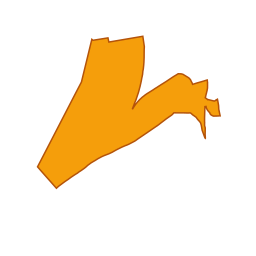 Kesm than Al Raml, Al Iskandariyah, Egypt (Albers equal-area conic projection), rotated 119°
{"feature_id": "37247803B61972877463363", "entity_name": "Kesm than Al Raml", "entity_type": "district", "adm_level": 2, "iso_a3": "EGY", "parent_name": "Egypt", "parent_adm1": "Al Iskandariyah", "projection": "albers", "projection_center": [29.979, 31.211], "detail": "fine", "context": "isolated", "style": "filled", "palette": "amber", "viewbox_px": 256, "rotation_deg": 119, "n_neighbors": 0, "source": "geoboundaries", "source_scale": "gbopen_adm2", "svg_char_len": 2838}
<svg xmlns="http://www.w3.org/2000/svg" viewBox="0 0 256 256"><g transform="rotate(119 128 128)"><path d="M110.4,191.0L122.8,190.7L190.9,188.7L205.8,188.3L207.6,183.4L215.4,161.4L212.7,160.5L209.6,159.1L205.2,157.1L201.9,155.4L198.4,153.8L195.3,152.2L193.8,151.4L192.1,150.4L190.0,149.5L187.8,148.3L184.9,146.9L182.8,146.0L180.1,145.1L176.4,143.4L174.5,142.3L172.5,141.1L171.6,140.6L169.4,139.4L165.7,137.0L163.6,135.4L159.8,132.2L156.9,130.1L153.6,128.1L151.9,127.0L147.7,124.1L144.7,121.8L143.6,120.8L141.6,119.3L140.4,118.5L136.3,115.8L135.0,115.1L134.5,114.9L132.6,114.0L120.9,108.1L110.5,102.9L107.9,101.8L102.9,99.6L101.5,99.0L98.8,97.7L95.8,96.2L94.8,95.8L92.4,95.2L92.1,94.5L89.8,90.3L89.2,89.2L88.8,88.5L87.8,86.7L85.7,82.6L84.6,80.9L84.6,80.2L85.2,77.4L85.3,76.0L85.4,75.3L85.6,73.6L86.7,71.3L87.3,69.6L87.3,69.4L87.4,69.2L88.1,67.5L88.2,67.3L88.3,67.1L89.8,65.5L92.1,63.6L94.0,62.1L99.3,56.0L99.5,55.4L99.4,55.4L98.1,56.2L96.3,57.4L94.0,58.6L91.4,60.0L90.5,60.5L88.7,62.2L86.7,63.3L86.1,63.6L85.0,64.3L81.9,66.0L76.1,69.0L72.0,71.1L71.3,70.2L71.5,70.0L71.7,69.9L72.3,69.3L72.7,68.9L73.4,67.9L73.8,67.2L74.3,66.1L75.1,63.8L75.5,63.4L75.8,63.0L75.9,62.9L75.9,62.7L76.2,62.0L76.2,61.9L76.3,61.7L76.3,59.8L76.1,59.0L76.1,58.9L76.0,58.7L75.5,57.9L73.8,55.0L73.4,54.5L72.7,53.3L67.6,57.7L65.0,59.3L64.1,59.9L61.4,62.1L59.5,63.7L59.7,63.8L59.9,64.0L60.3,64.3L60.6,64.5L60.7,64.3L60.9,64.2L61.7,64.9L62.6,65.6L63.2,67.7L64.0,70.6L64.4,72.1L64.5,72.1L64.4,72.5L64.3,73.4L64.1,75.1L62.7,75.4L61.8,75.7L60.3,76.1L59.0,76.4L58.3,76.7L57.2,76.9L56.7,77.1L56.2,77.3L55.1,77.6L54.0,78.1L53.5,78.4L52.7,78.8L51.8,79.3L50.8,79.9L49.9,80.3L49.0,81.0L48.1,81.6L47.6,82.0L48.3,82.7L50.8,85.1L51.8,86.1L55.7,90.0L57.0,91.2L58.5,92.7L57.7,93.5L57.0,94.6L56.2,95.8L55.5,96.7L55.5,96.8L55.4,96.9L54.7,99.0L54.6,100.8L54.4,105.8L54.4,106.1L54.5,106.3L54.8,107.6L56.2,110.4L58.2,111.5L61.3,113.3L67.9,116.7L69.1,117.3L69.8,117.7L70.7,118.2L71.4,118.6L72.4,119.1L73.2,119.6L73.9,120.0L74.7,120.4L74.9,120.5L75.1,120.6L75.7,120.9L76.5,121.4L77.5,121.9L78.3,122.3L79.0,122.7L79.5,123.0L80.6,123.6L82.4,124.5L85.3,126.1L87.1,127.1L88.5,127.9L90.7,129.0L91.7,129.4L92.7,129.8L94.0,130.4L94.9,130.7L95.5,130.9L96.2,131.1L96.4,131.2L96.7,131.3L97.3,131.5L98.1,131.7L99.5,132.0L100.7,132.3L101.3,132.4L102.3,132.6L103.3,132.8L104.3,132.9L105.6,133.0L106.5,133.1L108.9,133.2L109.5,133.3L109.1,133.4L102.2,134.4L100.4,134.6L98.8,134.8L97.8,135.0L96.2,135.3L94.1,135.7L92.4,136.0L91.4,136.2L89.8,136.6L88.6,136.9L87.5,137.2L85.8,137.6L83.8,138.2L82.4,138.6L80.4,139.2L79.5,139.5L78.9,139.7L77.2,140.3L76.7,140.4L73.9,141.3L71.2,142.5L68.8,143.3L65.5,144.7L62.9,145.9L61.1,146.8L58.5,148.1L56.5,149.2L54.3,150.4L51.7,151.8L49.0,153.1L40.6,159.5L62.1,186.4L58.9,189.2L68.3,201.2L68.0,202.6L110.4,191.0Z" fill="#f59e0b" stroke="#b45309" stroke-width="1.5"/></g></svg>